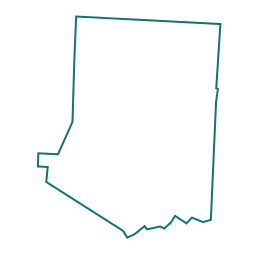 Jefferson, Pennsylvania, United States of America, rotated 182°
{"feature_id": "52423323B89311736778366", "entity_name": "Jefferson", "entity_type": "district", "adm_level": 2, "iso_a3": "USA", "parent_name": "United States of America", "parent_adm1": "Pennsylvania", "projection": "albers", "projection_center": [-79.001, 41.141], "detail": "fine", "context": "isolated", "style": "outline", "palette": "teal", "viewbox_px": 256, "rotation_deg": 182, "n_neighbors": 0, "source": "geoboundaries", "source_scale": "gbopen_adm2", "svg_char_len": 446}
<svg xmlns="http://www.w3.org/2000/svg" viewBox="0 0 256 256"><g transform="rotate(182 128 128)"><path d="M81.8,35.1L77.9,41.8L66.2,34.7L61.0,40.7L49.7,36.6L42.0,39.1L40.9,157.1L39.5,170.2L41.2,170.9L39.3,235.1L183.7,237.6L184.0,196.7L183.7,132.2L197.0,99.3L216.7,99.6L216.7,86.4L206.9,86.2L207.8,71.2L129.4,25.1L124.9,18.4L117.7,22.1L108.0,30.5L105.4,27.4L92.3,30.7L88.3,28.8L81.8,35.1Z" fill="none" stroke="#0f766e" stroke-width="2"/></g></svg>